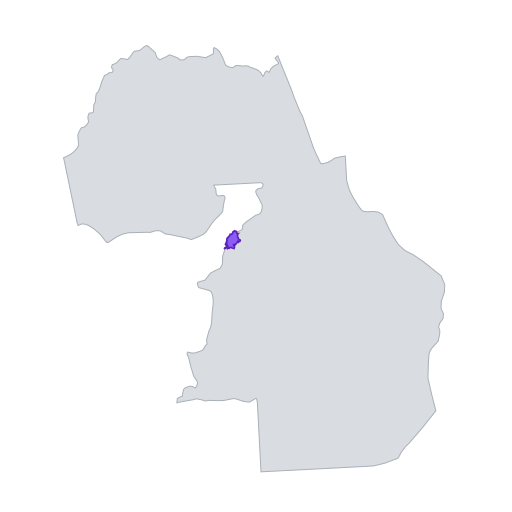 Mufulira, Copperbelt, Zambia shown in context, rotated 267°
{"feature_id": "96606910B37180348733704", "entity_name": "Mufulira", "entity_type": "district", "adm_level": 2, "iso_a3": "ZMB", "parent_name": "Zambia", "parent_adm1": "Copperbelt", "projection": "mercator", "projection_center": [28.196, -12.561], "detail": "fine", "context": "in_parent", "style": "filled", "palette": "violet", "viewbox_px": 512, "rotation_deg": 267, "n_neighbors": 0, "source": "geoboundaries", "source_scale": "gbopen_adm2", "svg_char_len": 7193}
<svg xmlns="http://www.w3.org/2000/svg" viewBox="0 0 512 512"><g transform="rotate(267 256 256)"><path d="M351.2,350.4L326.5,350.5L317.6,352.5L310.2,355.6L301.5,360.4L296.4,363.7L295.0,365.5L294.3,369.6L294.3,375.9L293.4,380.5L290.7,384.6L277.4,389.7L268.7,393.8L260.1,398.7L253.6,405.0L249.2,412.8L241.9,422.5L226.5,439.8L217.6,443.0L210.1,442.3L201.1,438.7L193.9,438.0L188.6,440.2L183.7,439.5L179.2,435.9L175.4,434.6L172.4,435.6L168.5,435.4L161.4,433.4L155.2,427.2L151.9,424.7L149.3,423.7L141.9,422.7L125.0,421.3L107.5,424.4L92.0,427.5L76.3,413.7L61.2,399.2L58.0,395.5L52.3,390.7L48.2,388.3L46.6,387.1L42.5,374.3L40.2,362.4L40.2,249.7L109.1,249.7L113.5,249.2L113.7,248.0L110.5,242.0L110.7,239.9L111.5,235.9L114.6,227.8L114.7,225.1L113.4,216.3L113.5,211.4L114.3,201.4L113.8,198.1L115.4,193.6L116.0,190.7L116.6,189.4L115.8,186.0L114.4,174.2L113.6,169.3L117.8,170.0L119.1,172.5L119.9,175.1L121.8,175.3L126.7,176.8L128.4,179.0L129.5,183.7L128.8,186.2L127.3,188.1L128.8,189.8L132.1,191.0L134.0,190.6L139.6,187.4L144.7,186.2L147.3,185.4L158.6,183.3L160.9,182.1L162.5,182.1L163.6,183.0L162.6,186.4L162.3,189.4L163.7,195.0L164.7,197.6L167.1,199.5L168.8,200.5L170.7,202.5L174.7,202.2L183.4,205.0L186.0,206.4L189.7,207.7L192.3,208.2L201.3,209.2L210.8,210.8L215.7,210.9L219.2,210.5L221.7,209.7L223.1,208.8L223.8,208.0L227.4,197.3L229.2,196.5L231.6,195.9L233.0,196.9L234.5,203.7L241.3,209.7L243.7,214.8L245.4,219.2L246.9,220.4L249.5,221.9L253.7,222.4L257.4,222.6L275.9,230.0L277.9,231.4L280.2,235.4L281.5,239.9L283.0,243.5L285.4,244.1L287.5,244.4L289.6,246.8L291.2,249.0L296.7,257.8L297.5,261.3L300.1,263.7L303.7,264.7L307.0,264.8L309.0,263.7L313.7,261.9L317.4,259.8L320.1,259.1L321.6,259.5L322.9,261.0L323.7,265.4L326.3,266.9L328.2,266.3L329.0,264.6L329.0,263.7L329.0,217.7L327.3,218.0L325.1,219.3L320.3,219.5L318.4,220.4L317.8,221.9L318.1,223.8L318.2,226.4L317.5,227.6L315.4,228.1L312.3,227.1L306.6,225.8L302.0,225.0L298.6,221.6L294.0,216.4L291.1,213.8L283.9,208.4L282.6,207.3L280.5,204.7L278.6,200.4L276.8,195.5L275.8,192.3L277.6,187.5L281.8,171.6L282.7,166.7L286.2,161.7L286.5,157.2L285.1,151.5L285.4,148.3L285.9,130.2L285.0,124.5L282.6,118.2L277.4,109.4L277.4,107.5L285.4,101.8L287.8,99.6L292.0,95.0L294.8,91.1L296.5,87.9L297.2,83.8L295.8,79.9L298.6,79.1L364.3,69.0L365.2,71.7L367.2,76.1L369.5,79.4L372.3,82.3L374.7,84.1L376.3,84.6L386.4,84.4L390.1,86.2L393.2,88.4L394.0,91.8L396.1,94.0L398.4,95.7L399.3,95.9L401.0,95.5L403.7,95.4L406.2,96.2L407.4,96.9L407.5,99.8L408.3,101.1L411.7,101.6L415.2,101.8L418.6,103.8L422.2,104.1L426.4,104.9L428.4,107.1L432.9,109.2L438.4,111.2L444.4,114.3L444.5,115.3L445.5,117.2L446.6,118.6L446.7,120.6L447.2,122.4L448.7,122.9L450.0,123.0L451.2,121.7L452.8,121.7L454.6,122.5L455.2,124.7L456.6,127.5L458.8,129.5L460.3,131.4L459.8,134.8L458.9,138.0L461.9,141.1L465.8,144.0L466.9,145.4L467.2,149.8L467.8,151.2L470.5,154.9L471.8,157.3L471.7,158.7L464.5,166.0L460.1,167.1L458.2,168.6L457.0,170.1L459.9,177.3L461.4,180.1L460.1,183.5L457.3,189.3L455.9,189.9L455.7,194.3L456.6,195.9L458.0,197.1L458.6,200.2L458.5,207.6L456.7,216.1L459.9,223.5L461.0,224.3L465.5,224.3L466.3,225.0L465.2,227.1L462.1,230.3L456.3,232.9L448.1,235.7L446.4,238.3L445.3,242.3L446.3,244.5L447.3,245.9L447.0,249.3L446.3,252.9L446.5,255.7L446.2,258.2L445.1,259.4L443.6,263.2L441.9,267.0L440.5,268.7L438.4,270.6L435.2,272.1L435.2,272.8L438.9,274.6L439.9,275.8L440.2,276.6L438.7,278.6L440.4,279.7L442.4,280.7L444.4,283.2L446.7,288.0L447.1,288.5L447.7,288.6L448.9,288.0L451.2,286.1L452.8,285.4L454.8,288.2L420.5,300.0L412.4,302.4L400.4,306.6L396.5,308.1L393.3,309.7L361.4,318.9L356.4,320.7L345.1,325.4L344.7,326.2L344.8,328.4L345.8,332.8L347.8,336.9L349.5,339.2L350.6,345.2L351.2,350.4Z" fill="#d9dde1" stroke="#a8b0b8" stroke-width="1"/><path d="M265.6,230.4L265.6,230.6L265.6,230.8L265.8,230.9L265.9,231.0L265.8,231.3L266.0,231.4L265.9,231.6L265.6,231.8L265.6,232.0L265.4,232.3L265.3,232.5L265.2,232.6L265.1,232.9L264.5,234.5L264.8,234.6L265.0,234.6L265.4,234.6L265.6,234.7L265.7,234.8L265.9,234.9L265.9,235.0L266.0,235.0L266.3,235.1L266.5,235.0L266.8,235.0L266.8,234.9L267.0,234.8L267.2,234.7L267.4,234.7L267.5,234.7L267.7,234.8L267.8,234.7L267.8,234.8L267.9,234.7L267.9,234.8L267.9,234.7L268.0,234.8L268.0,234.7L268.3,234.7L268.2,234.8L268.3,234.9L268.5,234.9L268.5,235.1L268.5,235.3L268.6,235.5L268.6,235.8L268.6,236.1L268.8,236.2L269.0,236.3L269.0,236.5L269.2,236.8L269.3,237.0L269.5,237.0L269.8,237.2L269.9,237.3L270.0,237.4L270.1,237.5L270.4,237.6L270.5,237.7L270.8,237.7L270.6,237.8L270.7,238.0L270.8,238.1L270.8,238.3L271.0,238.4L271.5,238.2L271.6,238.3L271.4,238.6L271.6,238.7L271.7,238.8L271.4,238.8L271.5,239.0L271.4,239.1L271.1,239.1L271.0,239.3L270.9,239.3L271.1,239.5L271.3,239.6L271.2,239.7L271.2,239.8L271.2,240.1L271.3,240.1L271.4,240.3L271.5,240.5L271.4,240.7L271.3,240.8L271.4,240.7L271.6,240.9L271.9,241.1L272.0,241.2L272.4,241.1L272.5,241.1L272.9,241.0L272.9,240.9L273.1,240.7L273.3,240.3L273.4,240.1L273.5,240.0L273.5,239.9L273.7,239.7L273.8,239.6L273.9,239.4L274.0,239.3L274.1,239.2L274.3,239.3L274.6,239.4L275.0,239.3L275.2,239.1L275.3,238.9L275.6,238.9L275.8,238.8L276.1,238.8L276.2,238.7L276.3,238.6L276.6,238.5L276.8,238.6L277.1,238.7L277.3,238.8L277.5,238.8L278.0,238.8L278.3,238.8L278.5,238.9L278.7,238.7L278.9,238.6L279.3,239.2L279.3,238.9L279.4,238.7L279.6,238.7L279.7,238.2L279.9,237.9L280.0,237.9L280.4,237.9L280.6,237.8L280.7,237.7L280.9,237.8L281.0,237.9L281.3,237.9L281.6,237.8L281.7,237.7L281.8,237.5L281.8,237.2L281.7,237.0L281.9,236.5L282.0,236.4L282.2,236.2L282.3,236.1L282.4,235.9L282.2,235.7L281.9,235.4L282.0,235.1L281.8,234.9L281.6,234.9L281.4,234.7L281.1,234.5L280.9,234.4L281.0,234.2L280.9,234.2L280.7,234.1L280.4,234.1L280.2,233.8L280.2,233.7L279.8,233.4L279.7,233.4L279.4,233.3L279.2,233.2L278.8,232.8L278.8,232.7L279.0,232.4L279.1,232.2L279.1,231.7L279.2,231.3L279.0,231.2L278.8,231.2L278.6,231.1L278.4,231.0L278.0,230.9L277.9,230.7L277.7,230.8L277.4,230.8L277.3,230.5L277.3,230.3L277.1,230.2L276.9,230.0L276.8,229.8L276.7,229.7L276.5,229.2L276.3,229.2L276.2,229.2L276.0,228.9L275.9,228.8L275.6,229.0L275.5,228.9L275.3,228.7L275.3,228.2L275.2,228.2L274.9,227.9L274.6,227.7L274.4,227.8L274.1,227.7L273.9,227.6L273.7,227.6L273.4,227.8L273.0,228.0L272.9,227.9L272.7,227.7L272.3,227.3L272.2,227.2L271.9,227.3L271.8,227.5L271.6,227.7L271.4,227.7L271.2,227.8L270.9,227.7L270.8,227.1L270.7,227.1L270.4,227.0L270.2,227.1L269.8,227.1L269.6,227.0L269.4,226.7L269.5,226.6L269.5,226.4L269.7,226.2L269.4,226.1L268.9,226.1L268.8,226.3L268.7,226.5L268.4,226.7L268.0,226.9L268.0,227.0L267.9,227.3L267.9,227.5L268.0,227.8L268.2,228.0L267.8,228.0L267.7,228.0L267.4,228.3L267.2,228.4L267.1,228.1L267.0,227.9L266.7,227.4L266.5,226.9L266.4,226.8L266.3,226.5L266.2,226.2L266.0,225.8L265.9,225.6L265.7,225.1L265.2,225.1L265.0,224.9L264.9,225.0L265.0,225.2L265.1,225.3L265.3,225.4L265.5,225.5L265.4,226.0L265.5,226.2L265.5,226.3L265.5,226.5L265.6,226.8L265.6,227.1L265.5,227.5L265.4,227.7L265.4,227.8L265.2,228.0L265.3,228.1L265.2,228.1L265.3,228.2L265.2,228.2L265.2,228.3L265.3,228.4L265.3,228.6L265.2,228.8L265.1,229.1L265.1,229.3L265.1,229.5L265.3,229.5L265.5,229.7L265.7,229.8L265.7,230.0L265.7,230.3L265.6,230.4Z" fill="#8b5cf6" stroke="#5b21b6" stroke-width="1.5"/></g></svg>